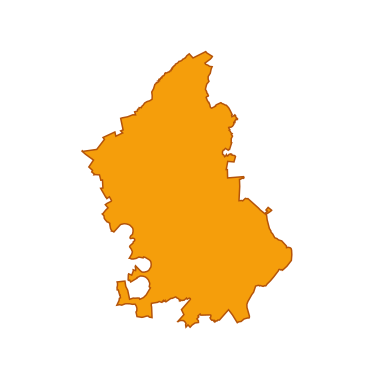 Satulung, Maramures, Romania (Natural Earth projection), rotated 291°
{"feature_id": "2599482B12544437302326", "entity_name": "Satulung", "entity_type": "district", "adm_level": 2, "iso_a3": "ROU", "parent_name": "Romania", "parent_adm1": "Maramures", "projection": "natural_earth1", "projection_center": [23.421, 47.561], "detail": "fine", "context": "isolated", "style": "filled", "palette": "amber", "viewbox_px": 384, "rotation_deg": 291, "n_neighbors": 0, "source": "geoboundaries", "source_scale": "gbopen_adm2", "svg_char_len": 6007}
<svg xmlns="http://www.w3.org/2000/svg" viewBox="0 0 384 384"><g transform="rotate(291 192 192)"><path d="M276.7,208.2L276.6,207.4L277.2,207.2L278.1,205.4L278.8,205.4L279.4,204.3L278.2,203.7L276.6,202.3L277.9,201.4L278.7,201.7L281.7,198.5L283.8,196.0L285.3,193.0L285.1,191.9L285.4,189.7L285.3,188.2L285.7,187.4L285.7,186.9L282.1,183.4L280.8,182.9L280.5,183.2L277.3,180.3L277.4,179.5L277.9,178.6L279.9,177.3L281.4,175.9L281.2,175.8L283.0,173.4L285.4,171.3L286.1,171.5L287.4,172.8L287.8,172.8L289.5,171.1L289.7,170.4L291.2,169.5L292.4,167.9L293.9,167.5L298.0,167.1L301.4,168.2L303.0,166.7L305.6,165.7L309.4,166.5L313.7,165.8L316.2,165.9L315.6,163.4L316.1,161.4L316.1,159.1L317.0,157.9L322.5,161.4L324.5,162.2L325.9,162.4L327.1,156.1L328.0,154.5L317.5,144.9L320.0,139.9L317.3,138.3L314.7,137.7L314.4,137.2L313.0,136.4L312.7,135.8L311.3,135.4L309.7,134.0L309.4,133.1L307.3,132.4L305.4,130.7L304.1,130.7L303.4,130.0L302.4,129.9L302.1,129.4L301.0,129.4L300.7,128.9L300.4,128.9L300.0,129.4L299.4,129.3L299.3,128.8L298.1,128.9L298.1,128.6L297.5,128.7L296.8,127.8L296.1,127.9L295.5,126.8L294.9,126.5L293.7,125.1L293.8,124.6L293.0,124.1L292.4,124.3L290.5,124.0L289.6,122.9L287.6,122.9L287.5,122.7L287.9,122.3L287.2,122.0L286.1,121.7L285.7,122.0L285.0,121.6L285.7,121.1L285.5,120.8L284.5,120.8L284.0,121.5L283.5,120.7L283.4,121.1L282.8,121.2L281.7,120.5L281.7,119.9L281.2,119.5L280.5,119.6L279.1,118.8L274.7,119.1L270.9,118.6L267.7,120.3L264.3,121.5L262.0,119.8L260.3,117.6L258.1,115.9L255.3,115.2L254.4,114.6L252.6,114.5L252.6,113.8L251.9,113.0L251.8,112.4L250.6,112.7L250.0,111.8L249.2,111.6L248.4,112.0L247.9,111.9L246.3,109.7L243.8,111.7L242.8,109.0L239.1,104.9L236.3,100.4L235.2,99.0L225.3,105.4L223.5,103.5L222.3,106.1L216.8,100.9L220.4,98.5L211.0,89.4L209.7,91.4L197.6,87.8L190.9,75.7L191.2,74.8L190.7,74.7L189.1,79.0L186.5,88.6L178.4,86.7L176.5,91.4L174.8,91.2L173.8,94.2L172.9,94.2L173.7,95.8L174.8,99.5L170.3,102.7L171.1,104.1L163.8,107.4L162.7,105.4L156.2,113.4L156.4,113.6L155.3,114.9L157.9,116.6L155.2,119.9L154.4,119.9L151.0,116.8L149.1,115.6L147.1,119.3L144.1,117.9L139.9,116.6L139.3,116.1L138.3,118.3L135.9,119.6L134.8,121.3L133.6,123.6L133.8,124.2L133.3,126.5L132.2,126.9L128.6,129.1L127.3,130.7L126.7,130.7L126.9,132.8L126.7,133.4L135.9,136.9L136.5,137.6L138.1,140.0L138.7,142.2L138.9,144.8L138.7,146.1L137.3,149.2L136.2,150.2L134.2,151.1L131.1,151.6L129.0,150.5L127.5,150.4L126.8,150.7L126.5,151.4L127.7,153.3L127.8,154.6L127.7,155.0L126.7,155.8L125.8,155.8L124.4,155.0L123.3,155.3L119.7,153.4L118.5,153.4L116.9,155.8L114.8,157.8L112.3,158.0L107.7,157.2L108.0,158.2L107.8,158.6L107.8,159.5L108.3,161.0L109.9,163.6L112.2,165.7L113.0,170.0L114.0,170.0L114.1,170.5L114.2,171.9L113.4,176.3L112.9,177.6L111.8,178.8L109.7,179.9L107.3,180.5L103.6,179.8L102.0,178.8L100.0,176.1L99.4,174.4L99.5,173.4L100.1,171.7L102.9,165.7L102.0,165.7L99.7,167.2L98.4,167.5L98.3,165.0L97.4,165.5L92.8,165.5L92.9,162.2L92.0,162.2L87.0,163.9L86.8,164.7L87.4,165.4L86.0,167.0L91.9,171.6L92.3,171.3L95.1,173.9L95.9,176.5L96.0,178.9L95.5,180.6L94.3,182.8L92.2,184.8L91.1,185.5L88.2,186.0L87.6,187.5L79.5,186.1L76.0,184.5L73.3,181.9L73.1,181.6L74.0,180.9L73.7,179.6L72.4,176.8L71.9,175.1L69.5,172.2L77.2,167.2L80.1,164.0L84.8,161.3L81.2,154.3L79.8,155.3L77.8,156.0L76.1,156.2L73.8,157.2L74.1,158.3L69.8,161.5L70.0,161.8L67.6,163.1L66.7,162.3L64.6,162.8L59.4,162.4L60.8,164.7L61.2,167.0L63.6,169.6L64.1,170.6L65.3,173.8L65.8,176.7L66.9,179.0L65.5,180.9L63.6,182.3L61.7,182.9L60.5,183.0L59.9,182.7L56.0,185.3L57.0,190.1L57.8,191.4L59.9,194.1L60.5,195.6L59.9,197.0L60.4,199.7L70.4,195.4L71.1,194.8L73.5,194.0L76.7,199.5L78.0,200.5L78.2,203.5L80.5,204.1L79.8,205.0L81.1,205.7L80.4,206.1L80.1,207.0L85.2,210.5L85.5,211.5L88.2,214.3L88.2,214.8L87.8,215.4L87.6,217.6L86.9,218.7L86.1,219.2L86.9,219.5L86.3,220.2L87.1,220.6L87.1,221.6L87.9,222.6L88.0,223.3L91.0,224.9L90.2,225.9L92.0,227.5L91.9,228.6L91.2,229.0L78.4,224.3L74.6,228.4L65.9,225.1L65.9,225.4L67.1,226.3L68.1,227.7L68.9,230.2L68.2,232.1L67.1,233.5L65.7,233.6L63.7,234.8L66.5,235.9L65.1,238.7L67.9,239.8L70.8,241.8L72.5,244.8L74.1,244.1L75.3,242.0L77.8,243.1L78.4,242.0L81.0,243.3L80.2,244.4L83.8,253.1L83.7,253.8L82.1,254.3L81.1,253.9L80.1,254.9L79.4,256.3L79.4,256.7L79.8,257.1L79.8,257.8L79.3,258.6L80.0,258.5L80.2,258.9L79.8,259.7L79.1,260.1L80.4,260.9L80.6,261.6L81.7,262.0L82.3,263.5L95.2,268.3L91.7,273.9L86.2,281.1L87.5,282.1L88.7,284.2L92.2,286.2L94.4,289.2L94.8,290.4L95.4,290.5L96.7,290.1L103.9,284.7L106.7,283.5L109.7,283.4L117.7,284.6L120.5,285.4L126.9,285.1L128.0,286.4L128.8,287.8L128.6,288.8L129.1,289.1L129.4,292.2L130.6,293.4L130.5,293.8L131.0,294.6L133.0,295.1L137.4,297.1L142.0,298.7L149.5,300.9L150.6,300.8L151.0,301.1L151.2,302.0L151.0,302.5L151.8,303.8L151.3,304.3L152.1,304.9L156.7,307.2L163.7,309.3L169.1,307.7L173.2,305.9L174.5,305.0L175.0,304.2L175.1,303.3L174.8,301.5L173.9,300.2L175.4,299.5L178.5,293.3L178.3,289.8L179.0,288.0L178.9,285.7L181.7,282.4L182.8,280.3L183.3,279.8L183.8,279.7L185.7,277.3L193.0,272.1L196.6,270.2L197.6,269.1L202.3,272.4L203.5,272.9L204.9,268.6L201.7,267.5L201.2,269.3L197.9,267.7L199.7,262.1L200.8,259.9L205.9,246.5L205.4,245.9L205.2,244.1L201.9,242.5L201.9,241.5L200.7,239.0L214.2,234.6L220.8,231.8L221.3,232.7L222.7,233.8L223.2,235.2L223.8,235.4L224.4,235.2L224.8,234.6L217.9,220.2L225.6,217.0L225.2,215.9L233.4,214.4L235.1,220.4L240.7,219.9L241.3,218.8L240.8,216.5L241.5,215.5L240.9,215.2L241.4,214.4L240.5,213.2L238.4,212.4L238.4,211.6L239.3,210.7L237.7,210.5L236.6,209.8L237.8,208.6L238.1,207.8L238.0,207.5L238.4,206.9L240.6,206.0L242.3,206.2L242.6,206.8L244.7,207.6L244.0,210.8L244.8,210.9L245.1,211.8L251.9,211.4L252.2,211.4L252.1,210.9L255.9,209.5L258.7,209.8L259.7,208.2L260.9,208.6L261.2,207.1L262.5,205.8L262.9,204.6L263.9,204.9L264.5,203.8L265.4,203.1L266.0,203.9L266.4,205.1L267.8,206.2L270.1,206.8L271.6,206.5L271.5,206.2L272.0,206.0L272.4,206.7L272.3,207.1L272.9,207.1L273.4,206.5L274.6,206.7L275.0,207.2L275.7,207.0L276.0,208.4L276.7,208.2Z" fill="#f59e0b" stroke="#b45309" stroke-width="1.5"/></g></svg>